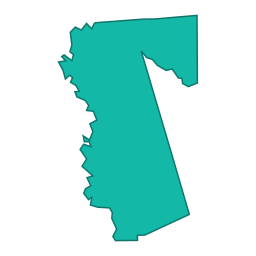 the district of Waller, Texas, United States of America
{"feature_id": "52423323B21823422169347", "entity_name": "Waller", "entity_type": "district", "adm_level": 2, "iso_a3": "USA", "parent_name": "United States of America", "parent_adm1": "Texas", "projection": "natural_earth1", "projection_center": [-96.057, 29.987], "detail": "fine", "context": "isolated", "style": "filled", "palette": "teal", "viewbox_px": 256, "rotation_deg": 0, "n_neighbors": 0, "source": "geoboundaries", "source_scale": "gbopen_adm2", "svg_char_len": 944}
<svg xmlns="http://www.w3.org/2000/svg" viewBox="0 0 256 256"><path d="M197.4,83.0L197.0,15.4L154.5,19.0L143.6,19.1L95.3,22.7L93.8,24.2L91.8,28.9L86.5,23.4L81.3,30.1L75.3,27.1L70.3,32.3L71.9,45.1L69.9,51.8L73.5,54.6L71.8,60.7L64.1,54.9L61.7,56.6L65.7,60.8L58.6,62.0L63.2,70.7L65.4,79.0L69.8,75.2L72.6,77.6L70.5,82.3L75.8,85.3L79.3,91.4L74.9,91.7L76.9,96.9L85.2,100.4L88.7,105.4L86.6,110.5L93.3,111.2L96.9,120.0L89.8,123.8L92.9,131.7L89.5,140.0L83.2,135.9L84.4,141.8L89.1,141.6L91.1,146.8L83.7,144.3L80.1,149.4L86.6,159.0L82.0,166.3L92.9,175.9L87.0,177.7L90.8,185.8L85.6,188.6L83.7,193.3L88.5,199.6L91.7,197.4L90.5,205.1L97.7,207.2L109.5,207.9L112.3,212.6L111.8,218.4L116.6,229.0L112.9,236.5L115.4,240.6L137.5,240.4L137.4,235.2L144.7,235.1L189.3,214.4L174.0,161.9L141.2,51.1L147.0,57.8L152.5,59.5L157.3,65.3L166.1,70.4L172.1,69.0L178.3,77.9L181.9,78.5L182.6,83.5L188.4,86.6L197.4,83.0Z" fill="#14b8a6" stroke="#0f766e" stroke-width="1.5"/></svg>